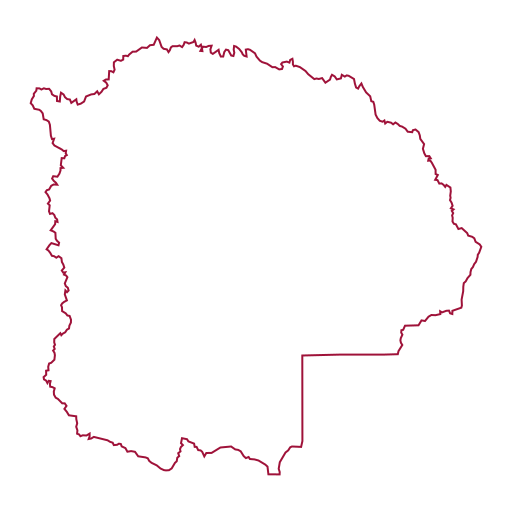 Padre Bernardo, Goiás, Brazil (Natural Earth projection)
{"feature_id": "56859067B81669958335053", "entity_name": "Padre Bernardo", "entity_type": "district", "adm_level": 2, "iso_a3": "BRA", "parent_name": "Brazil", "parent_adm1": "Goiás", "projection": "natural_earth1", "projection_center": [-48.332, -15.373], "detail": "fine", "context": "isolated", "style": "outline", "palette": "rose", "viewbox_px": 512, "rotation_deg": 0, "n_neighbors": 0, "source": "geoboundaries", "source_scale": "gbopen_adm2", "svg_char_len": 5786}
<svg xmlns="http://www.w3.org/2000/svg" viewBox="0 0 512 512"><path d="M279.6,474.4L279.7,472.0L278.7,468.8L279.8,462.2L285.5,452.5L288.2,450.4L290.2,447.3L292.0,446.5L301.1,446.9L302.4,441.1L302.3,355.5L340.1,354.6L383.8,354.6L397.8,354.2L398.5,351.1L402.3,345.0L400.9,342.7L400.4,340.3L400.8,338.1L402.4,334.7L401.2,332.6L401.4,330.2L403.2,329.8L405.0,325.7L418.5,325.3L421.5,320.4L425.0,321.0L428.5,316.7L431.4,315.0L435.4,315.2L440.3,314.1L440.2,311.3L442.0,312.4L446.3,310.8L449.0,310.6L450.1,313.3L452.3,314.0L452.4,310.8L461.3,307.7L461.9,305.6L461.6,299.6L463.2,291.2L463.3,286.7L463.8,283.1L465.7,281.4L467.5,278.1L470.4,274.8L470.5,272.1L471.3,269.0L472.9,267.1L474.2,264.1L476.0,261.8L477.6,257.0L477.8,254.7L479.1,252.8L481.3,246.8L479.7,244.4L475.6,241.8L474.3,238.3L472.2,236.8L468.2,235.6L467.2,233.1L461.7,228.1L458.4,229.0L455.9,224.3L453.9,223.8L452.5,221.5L452.7,217.8L452.1,215.4L453.2,213.1L451.8,210.9L453.5,209.4L450.9,208.3L452.6,205.8L451.6,202.7L450.0,200.1L450.6,197.8L450.2,195.7L450.8,191.4L450.4,187.5L446.4,184.9L445.2,186.9L443.6,184.9L441.6,183.4L439.3,183.6L437.5,180.1L435.2,179.8L437.8,175.0L435.6,174.0L435.6,169.8L431.8,162.7L430.3,160.6L428.2,160.7L428.7,158.5L430.7,158.3L429.3,156.1L425.9,156.2L424.3,153.3L422.9,148.8L424.1,144.1L420.3,138.9L419.8,135.4L418.6,132.1L415.5,129.5L412.9,130.2L412.2,132.2L407.7,131.7L405.5,128.7L402.1,126.6L399.7,125.9L397.9,124.1L395.4,122.5L393.1,124.3L391.1,122.7L387.3,121.8L385.2,123.5L384.4,120.5L382.6,121.7L379.8,120.8L377.4,118.1L375.6,114.6L374.2,104.6L373.3,101.8L371.3,101.2L370.2,96.3L366.1,92.4L362.8,86.9L361.4,83.5L359.3,86.2L358.1,88.6L356.1,87.5L354.9,83.6L354.0,79.0L348.7,75.8L346.7,75.4L344.8,76.6L341.8,74.8L340.9,78.4L336.8,79.4L334.7,76.4L332.0,74.8L330.8,77.0L330.0,79.6L325.4,82.7L322.1,78.1L318.8,79.0L316.5,78.5L314.3,79.1L308.2,74.2L305.5,71.0L299.9,67.1L295.8,65.7L294.0,66.3L292.9,64.4L292.9,61.6L292.4,58.8L290.2,59.9L289.4,62.6L286.8,61.6L282.4,62.5L281.1,64.1L282.9,66.5L282.0,69.0L279.2,69.4L275.2,67.1L272.4,67.2L267.1,63.7L262.1,62.1L259.9,60.6L256.5,56.6L255.0,53.3L250.0,49.8L248.0,49.2L245.8,49.6L246.6,56.5L244.2,55.8L242.7,54.3L241.8,52.3L239.2,49.0L236.1,46.6L234.1,46.0L233.7,49.6L234.3,52.7L233.4,56.0L231.2,55.5L228.3,50.2L226.0,49.6L224.3,52.0L223.2,56.5L220.8,56.5L219.2,53.0L218.6,49.8L212.8,53.9L210.8,52.6L210.4,49.3L211.6,45.7L208.7,45.9L206.2,47.0L203.4,46.7L201.9,48.2L200.9,44.7L198.7,46.7L196.2,45.6L195.6,42.6L194.6,40.0L193.5,42.0L188.9,43.6L186.8,42.5L184.6,42.2L183.7,44.8L182.1,47.1L179.5,45.5L177.3,46.2L172.5,46.2L170.9,47.4L169.8,50.3L168.5,52.1L166.9,49.4L163.6,48.8L161.6,46.9L159.2,40.1L156.9,37.6L153.7,44.8L150.0,45.2L147.0,47.9L141.9,47.5L136.1,51.6L132.6,51.7L129.1,54.6L127.9,56.2L125.9,55.7L123.3,56.0L123.2,59.6L120.9,60.8L117.2,59.7L113.9,62.3L113.8,66.0L114.6,69.7L113.4,72.3L111.3,71.2L109.2,71.1L108.7,79.4L105.9,79.5L103.8,80.8L106.2,82.6L107.7,85.3L106.4,87.8L103.4,88.9L101.5,91.8L98.9,94.3L97.2,91.3L94.4,94.0L91.2,94.4L86.0,96.5L84.1,101.5L80.7,103.7L77.7,104.6L76.6,101.5L76.3,99.3L71.3,102.9L69.9,99.5L67.2,99.1L65.0,97.2L63.6,94.5L61.0,92.7L60.2,96.5L59.8,101.5L57.0,101.0L56.9,96.5L54.4,95.9L52.0,94.3L51.2,91.4L49.1,88.8L46.1,89.0L43.9,88.3L41.4,89.5L39.5,88.4L36.6,88.3L36.3,90.7L33.8,93.8L33.9,96.0L31.8,99.3L30.7,103.2L32.7,105.3L34.3,108.8L39.3,109.8L40.9,111.0L42.7,113.4L43.7,119.3L46.5,120.1L48.8,121.6L49.9,124.8L50.9,135.8L52.0,139.1L54.1,138.7L52.6,143.1L54.4,145.5L61.8,149.5L63.7,151.1L66.1,150.7L65.7,153.3L66.8,155.1L65.1,156.0L64.3,158.3L61.7,158.1L60.8,165.3L63.2,167.8L60.5,168.1L60.5,170.5L59.4,173.7L57.4,176.7L53.2,176.2L52.1,178.6L53.8,180.9L55.9,182.7L57.2,184.7L53.6,184.5L51.2,185.8L49.1,189.5L46.8,190.2L45.5,192.1L47.5,194.5L49.5,198.3L50.1,200.6L47.9,203.6L49.7,205.3L49.0,211.3L50.0,213.9L52.5,213.2L54.3,215.0L55.3,217.7L57.1,219.4L57.5,221.9L55.3,221.2L55.1,224.2L50.7,230.3L53.6,231.5L55.4,232.8L55.7,238.8L57.0,240.8L59.1,242.7L58.5,245.3L51.4,243.1L49.5,245.1L46.6,249.3L48.4,250.5L50.2,252.8L51.9,255.8L54.1,256.2L56.3,257.7L58.6,256.2L61.4,258.2L61.9,262.0L63.3,264.5L64.3,267.6L61.8,270.5L63.2,272.6L65.3,272.3L64.0,274.6L66.1,275.5L67.4,277.2L64.8,283.4L65.8,286.1L67.8,287.7L68.6,290.5L67.0,292.2L65.4,290.4L64.8,294.4L66.9,300.4L64.1,301.9L62.2,303.4L61.1,305.2L62.0,307.3L62.1,311.1L65.7,313.3L67.4,315.5L69.6,315.9L71.0,319.7L70.9,322.6L69.4,325.6L69.0,328.5L66.9,329.7L65.2,332.3L62.7,333.7L61.3,335.2L60.3,333.2L54.3,339.0L54.2,342.4L55.0,344.8L53.8,346.5L54.7,348.9L53.1,350.6L54.5,352.8L54.9,355.2L54.4,359.7L51.2,362.8L49.1,363.5L48.2,366.8L48.5,370.3L46.1,370.7L46.2,374.8L43.6,377.1L44.0,379.4L46.1,380.6L47.4,383.1L48.7,380.8L50.6,381.1L49.9,383.9L50.2,386.7L52.4,387.1L54.7,388.3L53.8,391.5L54.0,394.7L55.7,397.7L57.9,398.9L62.2,403.3L64.7,403.3L66.5,405.9L64.4,408.9L66.8,411.8L68.9,415.3L76.2,416.3L76.3,419.2L77.2,423.3L76.2,426.8L77.4,430.3L77.1,433.7L79.2,434.5L80.4,436.2L82.8,435.3L86.5,435.5L89.6,433.6L89.6,436.5L88.7,439.0L91.2,438.5L93.8,436.9L107.6,440.3L110.0,441.8L112.7,442.7L113.8,445.1L117.1,444.8L118.9,443.7L120.8,444.0L121.7,446.4L125.4,448.1L127.4,451.7L131.1,451.1L135.0,451.8L138.2,456.3L145.5,457.4L147.8,458.3L149.2,460.9L151.5,462.8L156.8,465.4L160.5,468.5L163.9,470.1L166.0,470.4L169.0,470.2L171.7,468.4L175.0,462.8L176.7,461.3L177.3,457.7L179.2,456.1L178.2,453.2L180.5,451.4L180.0,449.1L180.9,447.0L182.9,445.1L181.0,443.2L182.0,438.2L187.0,439.2L188.4,441.4L194.1,443.6L194.7,446.9L196.6,446.9L198.2,450.1L200.6,450.4L202.2,451.8L204.3,456.4L206.3,453.0L211.6,452.9L220.4,447.5L231.1,446.5L235.2,449.4L238.2,449.9L240.7,451.3L243.7,456.1L245.9,458.1L248.6,457.0L249.9,459.0L254.5,459.4L258.5,460.5L265.3,464.6L267.5,466.6L268.4,474.3L279.6,474.4ZM201.9,48.2L202.4,51.1L200.4,50.9L201.9,48.2Z" fill="none" stroke="#9f1239" stroke-width="2"/></svg>